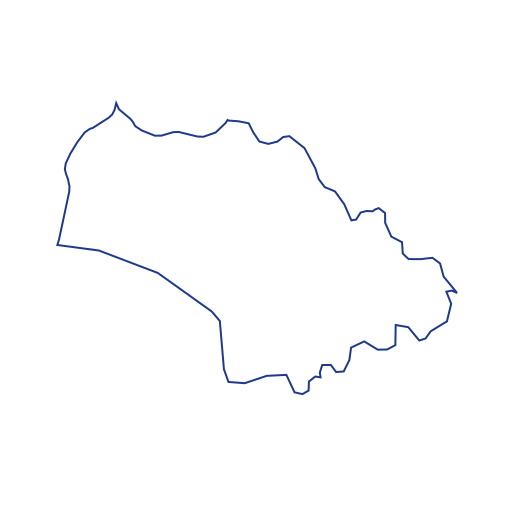 Dobrich, Mercator projection, rotated 191°
{"feature_id": "BGR-2259", "entity_name": "Dobrich", "entity_type": "Province", "adm_level": 1, "iso_a3": "BGR", "parent_name": "Bulgaria", "parent_adm1": "", "projection": "mercator", "projection_center": [27.865, 43.673], "detail": "fine", "context": "isolated", "style": "outline", "palette": "blue", "viewbox_px": 512, "rotation_deg": 191, "n_neighbors": 0, "source": "natural_earth", "source_scale": "10m", "svg_char_len": 1365}
<svg xmlns="http://www.w3.org/2000/svg" viewBox="0 0 512 512"><g transform="rotate(191 256 256)"><path d="M192.1,129.5L203.5,145.1L222.6,140.4L242.8,129.0L259.0,127.1L265.9,138.8L279.1,185.3L288.9,193.1L349.1,220.6L411.2,231.4L453.1,228.9L452.5,234.5L451.6,283.3L452.3,288.5L455.2,295.5L458.2,300.4L460.2,304.8L460.4,310.7L457.8,321.0L453.1,333.7L447.8,344.5L443.4,349.1L440.5,350.7L427.0,363.6L424.2,367.4L422.7,372.5L422.4,379.4L418.5,373.9L405.4,366.6L402.6,364.3L399.3,360.4L392.0,357.4L378.3,354.8L371.8,356.1L360.8,361.8L355.4,363.0L336.5,362.1L330.4,363.0L319.2,369.5L311.3,380.6L309.9,384.1L309.0,383.7L298.8,384.9L288.5,384.9L282.5,377.1L274.5,369.0L265.3,368.4L256.8,372.4L252.0,378.0L246.1,380.0L228.9,371.1L214.5,353.4L209.1,343.4L201.6,336.7L190.8,334.5L179.2,323.6L169.2,309.2L164.7,310.8L161.6,318.6L156.0,321.3L150.2,322.1L147.8,324.5L144.7,326.4L137.5,322.8L135.5,313.1L126.8,300.8L115.3,297.4L112.4,286.4L105.6,282.1L93.9,284.3L82.4,287.9L73.9,283.8L67.9,271.6L51.6,258.1L57.2,259.4L62.3,257.3L55.3,246.4L56.1,228.3L70.2,215.4L73.8,207.4L79.6,204.2L93.0,215.2L105.7,214.9L102.2,195.1L109.5,189.2L118.6,187.3L133.5,192.8L145.2,184.2L144.5,171.7L147.9,159.4L155.2,157.4L161.7,163.3L170.2,161.6L171.1,153.9L169.5,149.2L174.8,149.0L180.1,142.9L178.7,133.9L184.1,129.3L192.0,129.5L192.1,129.5Z" fill="none" stroke="#1e3a8a" stroke-width="2"/></g></svg>